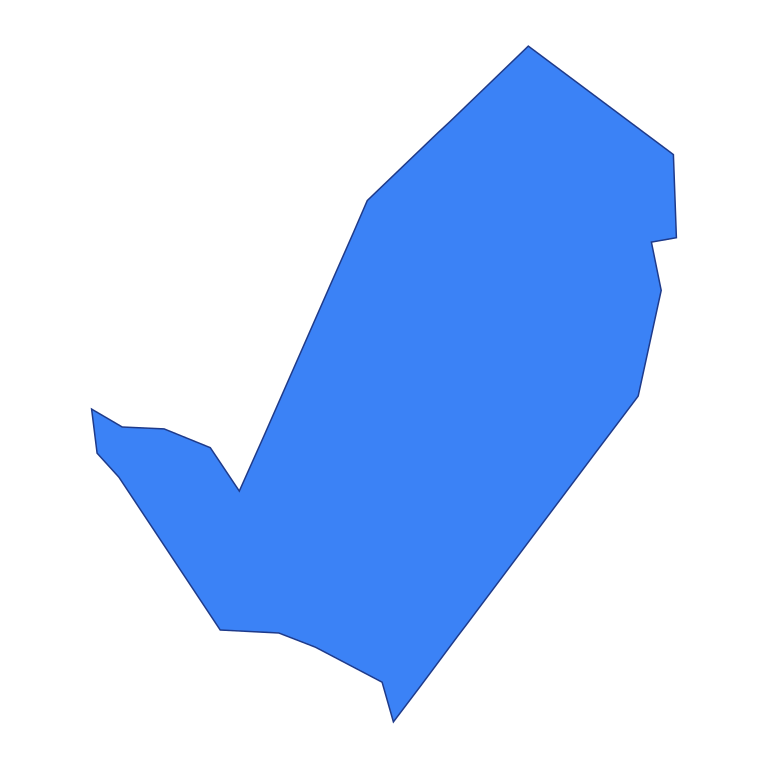 the district of Rockdale, Georgia, United States of America
{"feature_id": "52423323B37962982685185", "entity_name": "Rockdale", "entity_type": "district", "adm_level": 2, "iso_a3": "USA", "parent_name": "United States of America", "parent_adm1": "Georgia", "projection": "albers", "projection_center": [-84.038, 33.656], "detail": "fine", "context": "isolated", "style": "filled", "palette": "blue", "viewbox_px": 768, "rotation_deg": 0, "n_neighbors": 0, "source": "geoboundaries", "source_scale": "gbopen_adm2", "svg_char_len": 536}
<svg xmlns="http://www.w3.org/2000/svg" viewBox="0 0 768 768"><path d="M528.3,46.1L449.0,122.5L438.3,132.4L367.3,200.5L353.3,232.9L328.8,288.4L328.7,288.7L264.1,435.6L239.3,491.1L210.3,447.7L164.1,428.9L122.2,427.0L91.6,409.1L97.1,453.2L118.9,477.2L220.2,630.0L278.8,633.0L315.4,647.2L382.1,682.2L393.4,721.9L420.2,686.5L458.1,635.6L467.1,623.8L514.2,561.0L543.9,521.4L594.2,454.4L637.5,397.0L638.2,396.0L661.2,290.4L651.4,242.1L676.4,237.7L673.4,154.6L671.7,153.3L528.3,46.1Z" fill="#3b82f6" stroke="#1e3a8a" stroke-width="1.5"/></svg>